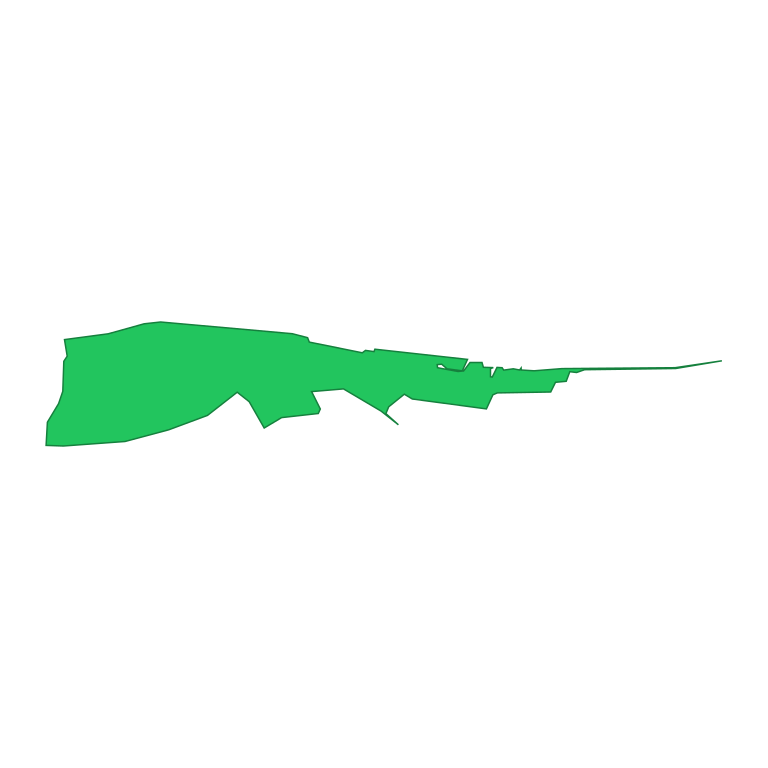 outline of South East Inner City Lea-5, Dublin, Ireland
{"feature_id": "5873133B57887905689291", "entity_name": "South East Inner City Lea-5", "entity_type": "district", "adm_level": 2, "iso_a3": "IRL", "parent_name": "Ireland", "parent_adm1": "Dublin", "projection": "equal_earth", "projection_center": [-6.215, 53.339], "detail": "fine", "context": "isolated", "style": "filled", "palette": "green", "viewbox_px": 768, "rotation_deg": 0, "n_neighbors": 0, "source": "geoboundaries", "source_scale": "gbopen_adm2", "svg_char_len": 1000}
<svg xmlns="http://www.w3.org/2000/svg" viewBox="0 0 768 768"><path d="M307.6,337.7L292.3,333.7L160.6,322.0L144.1,323.8L108.2,333.8L64.5,339.6L67.2,356.2L63.8,361.3L62.8,391.3L58.6,403.6L47.4,422.2L46.1,445.4L63.4,446.0L107.1,442.8L125.0,441.5L168.7,429.8L207.5,415.4L237.2,392.2L249.2,401.7L264.2,428.0L281.6,417.6L318.3,413.5L320.3,409.0L311.6,391.6L343.5,388.9L381.1,411.1L398.4,424.8L385.9,413.6L388.7,406.8L404.3,394.2L412.3,399.0L486.4,408.9L492.9,394.8L497.3,392.9L550.7,392.0L555.5,382.3L566.2,381.3L569.8,371.7L576.6,372.5L584.6,369.7L675.7,368.5L721.9,360.8L675.1,367.7L562.0,368.6L534.1,370.8L521.2,370.0L521.1,368.0L519.6,370.0L513.3,368.8L503.7,370.1L502.1,367.7L497.0,367.4L492.3,377.0L490.5,376.8L490.5,368.6L493.3,367.6L483.4,367.3L482.0,362.5L470.0,362.5L463.6,371.0L458.0,371.5L437.5,367.7L437.2,364.6L441.7,364.2L447.0,368.8L462.3,370.8L467.5,359.4L374.9,349.2L374.0,351.6L365.5,350.4L362.3,352.8L309.3,342.1L307.6,337.7Z" fill="#22c55e" stroke="#15803d" stroke-width="1.5"/></svg>